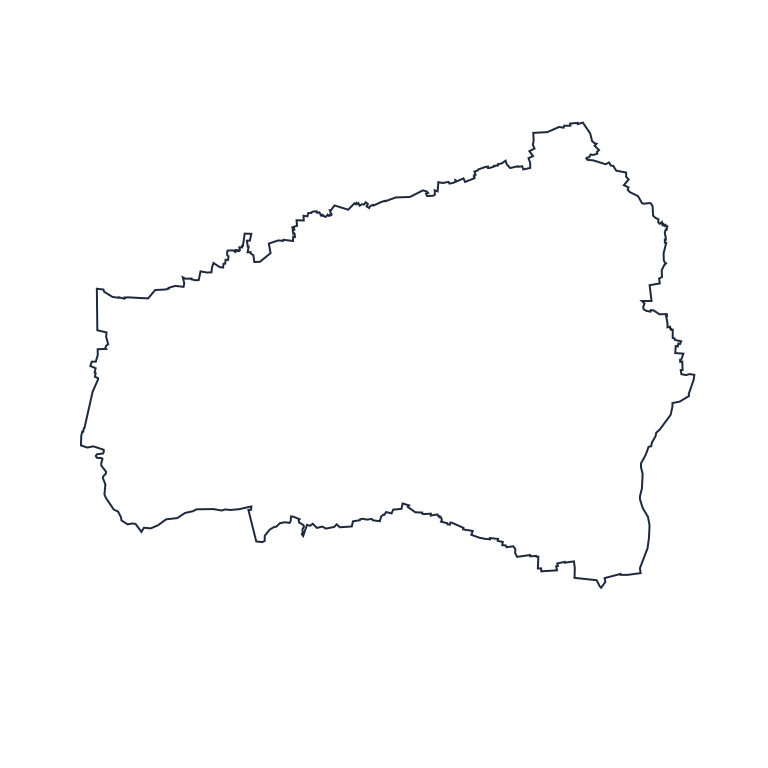 outline of Bang Pla Ma, Suphan Buri, Thailand, rotated 352°
{"feature_id": "78962969B17811208429126", "entity_name": "Bang Pla Ma", "entity_type": "district", "adm_level": 2, "iso_a3": "THA", "parent_name": "Thailand", "parent_adm1": "Suphan Buri", "projection": "albers", "projection_center": [100.134, 14.346], "detail": "fine", "context": "isolated", "style": "outline", "palette": "slate", "viewbox_px": 768, "rotation_deg": 352, "n_neighbors": 0, "source": "geoboundaries", "source_scale": "gbopen_adm2", "svg_char_len": 6135}
<svg xmlns="http://www.w3.org/2000/svg" viewBox="0 0 768 768"><g transform="rotate(352 384 384)"><path d="M617.3,152.8L612.1,153.6L612.2,152.4L604.6,152.0L604.5,154.2L598.3,153.3L597.5,155.2L593.2,153.8L580.8,157.3L566.8,156.1L566.1,163.7L564.7,167.8L565.8,171.8L560.4,173.7L563.3,179.0L558.5,180.5L559.5,185.2L558.9,190.4L551.8,190.9L551.1,187.6L547.0,187.6L546.8,187.0L539.0,187.7L536.1,183.5L535.5,179.8L531.1,182.0L527.3,182.2L527.2,183.5L523.4,183.3L523.5,183.9L518.6,184.8L517.0,184.6L517.2,183.1L514.2,183.2L507.2,184.7L506.5,185.6L503.1,186.2L503.8,189.5L502.6,189.7L502.7,190.5L501.9,190.7L502.3,192.8L492.4,195.2L491.3,191.4L484.5,193.4L483.0,192.1L483.0,193.8L480.0,194.5L476.7,194.6L476.1,192.9L469.9,193.1L465.9,191.7L463.9,200.7L461.1,199.3L460.8,203.6L459.0,204.4L452.9,203.9L452.1,201.3L454.2,200.9L453.0,199.2L449.4,197.7L435.7,202.4L421.6,200.9L410.6,203.2L410.4,202.7L407.0,203.3L398.4,205.8L398.2,205.1L395.2,205.7L393.8,207.6L391.5,205.7L393.1,203.5L391.1,201.5L389.4,203.4L387.1,203.0L384.7,204.0L383.8,201.3L382.2,202.2L381.8,200.9L380.6,201.8L379.8,201.0L372.8,206.4L359.9,200.3L355.6,204.6L354.5,204.4L355.6,209.1L354.0,209.8L353.6,209.0L352.4,209.6L351.7,208.5L349.6,210.5L346.9,209.0L347.3,208.6L346.2,207.7L345.1,208.4L343.9,205.0L342.1,205.3L341.1,204.7L341.4,203.7L338.0,203.3L336.0,203.9L335.8,204.5L332.6,204.3L331.6,207.3L327.7,206.2L327.3,210.9L320.2,209.7L319.9,215.2L315.0,216.1L315.3,217.5L316.5,217.4L316.7,218.8L315.0,219.0L315.1,222.6L316.2,222.4L316.4,225.1L316.2,226.0L314.6,225.5L313.8,229.7L304.4,227.2L304.0,228.2L299.1,227.1L289.5,228.9L289.9,238.6L278.2,245.7L272.6,245.2L272.6,238.5L270.1,236.0L270.2,234.8L267.2,234.6L269.1,229.1L268.2,229.0L268.2,223.0L271.1,223.4L273.5,216.8L267.0,215.7L263.5,227.6L262.8,227.4L262.4,229.0L259.8,228.5L259.9,231.4L258.8,231.4L258.7,232.2L256.8,231.8L257.0,231.0L255.5,230.6L255.1,232.5L252.9,230.6L247.7,230.1L246.9,231.9L246.7,234.8L247.8,235.9L246.9,239.4L244.4,238.9L243.5,242.7L241.8,242.6L240.9,246.3L237.6,245.4L232.0,240.4L229.9,244.6L228.7,249.4L224.3,249.0L218.0,246.9L215.0,255.3L211.6,255.0L207.8,253.5L208.0,252.8L202.0,252.1L199.6,250.3L200.2,256.5L199.0,259.9L191.0,257.8L184.1,258.8L184.1,259.6L180.7,260.0L170.5,259.1L162.3,266.4L142.7,262.6L139.6,262.3L139.9,262.8L138.7,263.4L133.4,261.2L133.2,261.7L127.3,260.0L119.7,253.7L119.3,251.4L112.9,249.7L107.6,290.9L116.4,294.3L115.4,298.6L116.4,306.3L114.1,307.5L113.1,309.5L113.7,310.6L105.3,309.7L104.6,315.4L101.7,321.8L97.7,321.2L95.7,325.3L100.6,328.2L99.0,332.6L100.0,333.2L98.7,336.6L101.7,338.5L101.4,339.8L94.4,351.1L81.2,386.0L80.6,386.1L79.5,389.4L78.6,389.1L76.9,393.5L75.4,402.7L81.3,405.6L87.6,405.3L97.2,410.1L97.1,412.2L96.0,413.7L89.8,413.7L88.5,415.2L89.6,417.2L93.4,417.9L94.8,418.8L92.9,423.3L92.7,425.5L96.5,432.1L96.1,434.0L93.3,436.2L92.5,437.9L94.1,444.7L91.8,454.5L92.7,458.0L98.9,470.7L102.9,473.3L104.9,479.0L105.1,482.6L110.6,487.3L115.5,487.1L118.5,488.0L123.2,496.7L126.3,492.9L132.9,494.5L140.4,492.5L149.4,487.7L160.7,488.0L169.0,484.0L176.9,483.4L180.9,482.0L197.6,484.1L205.8,486.7L209.1,486.1L214.7,487.4L222.8,487.8L235.6,486.8L234.9,490.0L232.2,489.9L235.6,522.2L241.5,523.6L244.0,522.8L244.8,517.7L250.5,512.3L255.3,510.3L257.5,510.3L261.5,507.4L266.5,507.1L271.2,508.4L272.5,506.8L273.5,502.2L276.0,502.9L281.6,506.2L280.5,507.3L280.6,509.3L284.7,512.6L284.8,514.2L283.1,516.5L282.6,520.2L281.7,521.3L282.8,523.3L288.1,512.8L291.0,514.1L294.0,512.5L297.6,517.2L302.9,516.6L306.5,519.1L314.8,518.6L317.6,516.4L320.3,519.7L332.3,520.6L334.1,515.7L341.2,515.5L341.6,514.6L344.0,514.5L348.2,515.9L353.1,515.9L354.0,517.4L360.8,519.3L362.8,514.7L365.2,513.3L366.1,513.6L368.3,511.1L373.5,513.2L375.6,509.7L383.9,510.1L385.8,504.9L391.9,507.7L390.4,509.0L397.2,515.4L403.9,516.6L403.7,517.6L405.3,518.4L412.3,518.9L412.0,520.8L418.7,520.6L419.4,522.5L420.6,522.5L420.5,523.8L421.9,523.9L422.4,526.8L421.3,528.3L427.3,530.7L427.4,531.9L429.9,532.4L430.4,530.5L431.9,530.8L442.6,537.5L442.0,538.9L451.4,541.9L449.5,545.5L457.1,549.5L462.5,551.4L467.4,552.6L467.5,551.3L475.4,553.3L474.8,555.2L479.6,556.9L478.7,560.0L482.2,560.9L482.7,562.7L489.4,562.7L491.1,565.8L490.3,569.6L491.8,573.7L504.9,573.7L504.8,575.0L510.7,575.4L510.8,576.2L512.8,576.5L510.7,588.1L514.0,588.5L513.7,591.4L529.4,592.6L529.1,588.5L530.8,588.5L530.6,585.8L538.2,585.3L538.2,586.1L547.4,586.1L547.3,593.0L545.7,602.5L567.3,607.9L569.5,614.4L570.7,616.0L575.6,610.8L575.5,606.9L591.8,605.0L591.7,605.9L598.3,606.9L611.8,607.0L611.8,602.0L622.1,583.4L624.9,573.5L627.3,560.9L626.9,552.3L622.9,542.8L621.4,533.6L621.9,530.7L624.9,523.2L627.6,509.0L626.9,502.1L627.5,498.3L633.4,490.4L637.3,483.0L639.9,482.8L641.2,479.2L645.7,473.4L646.8,470.1L650.6,467.6L663.5,454.5L666.5,446.5L667.0,443.0L674.4,442.6L684.4,438.3L684.4,436.2L691.3,422.8L692.6,418.1L687.9,416.7L684.5,417.2L679.9,415.7L679.8,411.5L681.6,411.7L682.5,403.4L680.4,403.3L680.6,401.3L681.3,401.5L682.1,400.6L684.7,395.6L676.7,393.9L678.2,387.0L680.2,387.7L681.1,384.9L682.7,385.6L684.2,383.1L678.1,380.7L678.0,379.2L676.3,378.6L677.5,370.4L676.0,370.4L676.0,369.2L675.1,369.1L675.1,367.0L672.6,367.3L673.2,363.3L672.8,355.9L673.7,356.0L673.7,354.1L666.5,353.3L661.3,348.7L658.5,348.0L658.0,349.4L654.1,348.2L651.5,346.1L651.4,343.7L653.2,340.5L650.9,337.7L660.5,339.0L660.8,323.1L671.1,322.8L671.1,317.9L674.1,316.8L674.9,309.9L678.1,305.2L680.1,303.8L678.9,302.7L678.3,300.4L679.0,293.7L683.1,283.5L681.8,283.1L682.2,280.1L683.2,280.3L683.4,278.8L683.1,273.4L684.4,270.3L685.4,270.5L686.5,267.3L684.5,266.9L684.9,265.5L682.8,264.9L682.6,265.8L682.0,265.7L682.5,264.1L681.5,263.9L681.7,262.4L679.2,263.7L678.1,262.0L678.7,259.1L675.6,257.0L673.9,254.7L674.7,245.6L673.7,242.6L672.4,241.8L666.1,241.6L664.6,240.8L661.7,233.3L654.3,228.3L652.3,225.7L653.5,223.3L649.2,220.5L654.7,215.5L652.6,212.4L653.2,208.3L643.7,205.1L641.4,200.0L639.0,199.2L637.7,195.9L634.0,197.2L622.4,191.7L616.6,190.3L615.7,188.9L616.4,188.1L618.7,188.0L620.6,185.5L623.2,186.3L627.3,185.6L627.2,183.8L629.5,182.3L625.7,177.4L627.9,175.7L625.9,174.8L623.9,172.5L623.1,164.8L617.3,152.8Z" fill="none" stroke="#1e293b" stroke-width="2"/></g></svg>